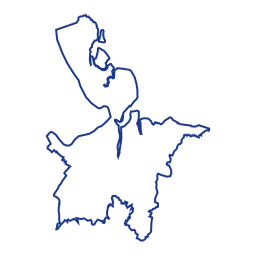 Banyu Asin, Sumatera Selatan, Indonesia (Equal Earth projection)
{"feature_id": "22746128B71070720422540", "entity_name": "Banyu Asin", "entity_type": "district", "adm_level": 2, "iso_a3": "IDN", "parent_name": "Indonesia", "parent_adm1": "Sumatera Selatan", "projection": "equal_earth", "projection_center": [104.728, -2.399], "detail": "fine", "context": "isolated", "style": "outline", "palette": "blue", "viewbox_px": 256, "rotation_deg": 0, "n_neighbors": 0, "source": "geoboundaries", "source_scale": "gbopen_adm2", "svg_char_len": 5826}
<svg xmlns="http://www.w3.org/2000/svg" viewBox="0 0 256 256"><path d="M93.5,22.3L92.2,20.0L90.9,19.9L90.5,18.2L89.4,17.8L88.6,16.5L86.9,16.9L86.0,15.4L85.8,15.9L83.7,15.4L82.5,16.3L80.3,16.5L78.7,17.3L78.4,17.9L78.5,19.8L76.6,22.7L56.1,29.8L57.2,39.8L62.6,53.7L67.1,62.9L74.1,74.1L78.6,80.3L80.3,86.0L85.9,97.0L91.4,103.2L98.5,108.3L100.5,108.2L103.8,106.2L107.1,106.7L108.4,108.5L110.7,116.9L106.5,121.6L102.0,125.7L97.6,127.7L94.4,130.8L89.3,133.8L78.6,136.2L74.6,139.8L71.9,143.8L69.4,145.5L66.7,145.6L63.7,144.4L59.7,140.0L55.8,134.7L52.3,132.2L51.1,132.0L49.9,132.5L46.8,136.1L50.7,143.8L47.8,146.6L47.5,148.5L50.2,150.3L51.9,152.2L54.1,150.1L56.2,152.4L56.8,151.7L58.0,153.4L60.9,156.0L63.6,157.3L62.2,159.6L62.3,160.3L64.3,159.9L64.5,161.9L66.0,161.6L65.5,163.9L70.2,166.4L64.6,172.5L64.3,173.2L66.3,175.6L62.3,181.0L60.4,184.5L59.4,185.2L57.9,188.5L53.9,194.5L54.0,195.8L56.7,197.2L58.8,199.0L59.6,201.4L59.1,203.6L59.4,203.6L59.4,204.5L58.8,207.2L58.6,211.1L59.2,214.6L59.2,220.3L59.9,223.2L57.7,223.6L57.0,225.7L57.1,227.5L56.3,228.8L56.3,229.4L57.2,229.3L57.9,228.6L61.0,224.4L63.6,222.0L64.8,220.1L65.8,220.4L67.3,221.9L67.4,220.4L68.2,219.5L69.3,220.6L70.4,220.8L74.0,218.8L76.2,220.3L78.1,222.6L77.8,220.6L76.7,218.1L81.2,219.1L83.4,218.4L84.7,218.7L87.6,220.7L91.0,220.0L91.6,221.0L91.8,223.8L92.8,224.7L94.3,224.5L95.5,222.3L97.5,219.9L98.2,219.6L100.8,221.0L102.6,220.7L102.9,221.2L102.7,222.6L104.2,223.0L104.8,221.7L104.7,219.6L105.8,217.7L107.3,217.7L109.4,219.3L107.3,215.7L107.0,214.3L107.1,212.0L108.1,206.3L108.6,205.4L109.2,205.8L109.3,204.8L110.1,204.1L112.8,206.2L112.6,203.5L113.0,203.2L113.1,202.0L112.6,201.6L112.8,200.2L111.7,198.6L112.0,197.7L112.6,196.8L112.6,196.0L115.6,195.8L116.4,197.1L118.6,197.8L118.6,198.5L119.4,200.0L120.6,200.1L121.4,201.6L121.4,203.3L122.7,203.2L123.0,203.8L124.3,203.4L125.1,201.6L127.3,202.4L126.5,204.2L125.6,204.2L127.0,206.9L127.7,206.7L127.7,207.5L131.7,204.7L131.7,207.6L131.2,209.0L132.6,207.9L133.1,208.6L132.7,211.5L132.1,212.6L130.4,213.9L129.8,213.8L129.6,216.2L128.7,217.2L129.7,217.2L130.3,216.5L130.0,217.6L129.6,217.6L128.7,219.2L127.4,219.7L127.6,220.6L127.2,221.3L125.8,220.7L125.1,223.2L124.0,223.3L126.1,223.6L125.5,224.8L129.2,225.6L129.2,226.9L129.7,228.2L131.6,230.1L132.5,230.3L134.0,229.7L135.1,230.6L135.7,233.4L137.8,234.6L136.8,238.3L139.1,239.0L140.2,240.3L141.6,240.6L143.5,240.3L145.7,238.5L145.6,237.0L147.9,236.7L147.7,234.8L149.5,233.7L150.8,232.0L151.1,230.9L151.4,222.8L152.2,217.5L149.9,216.7L150.7,216.3L150.3,215.1L150.7,215.1L151.6,213.0L148.8,211.4L149.8,210.5L152.0,210.3L152.9,208.9L155.2,208.4L155.6,207.4L156.2,207.0L157.7,207.1L158.0,206.3L157.9,203.2L155.1,202.1L155.0,201.5L155.2,198.3L157.5,192.6L156.2,187.3L156.6,184.7L156.2,182.5L155.9,182.3L157.2,180.0L157.5,178.6L157.2,175.9L157.5,174.5L158.2,173.6L160.2,174.6L166.9,176.7L170.2,176.2L171.3,173.5L171.1,169.8L169.0,165.4L167.4,165.1L166.8,164.5L166.7,163.4L167.8,162.2L169.8,162.4L170.4,161.0L170.7,158.6L169.5,156.0L169.8,154.9L172.4,155.5L174.5,150.8L175.7,150.0L177.0,148.1L177.2,146.6L178.6,144.3L180.1,144.0L181.6,142.5L181.4,140.5L182.7,138.2L183.8,137.3L184.1,135.2L185.8,134.7L186.8,135.8L188.2,134.6L189.5,135.6L190.2,135.3L191.0,136.4L192.7,135.3L193.4,135.8L194.1,135.1L194.5,135.6L195.8,135.6L196.6,136.9L197.4,136.7L198.8,137.3L198.6,136.2L199.7,135.1L200.1,134.9L201.2,135.5L201.3,134.0L205.4,130.8L208.1,130.1L208.7,130.7L209.2,129.8L209.2,128.6L198.7,125.2L196.2,126.4L194.3,126.6L191.4,126.3L191.0,125.6L179.9,124.1L178.6,123.1L177.6,123.3L177.6,122.6L172.9,119.9L171.7,118.1L170.6,117.4L169.9,117.4L165.0,120.5L162.1,123.7L160.8,124.4L159.5,123.4L156.5,122.6L156.8,123.1L155.0,122.8L154.3,123.3L154.0,124.4L153.2,124.6L152.7,124.4L150.9,121.0L148.2,118.6L143.8,118.2L139.8,119.6L140.5,123.3L140.7,130.1L141.4,133.9L140.6,134.0L138.9,129.5L139.1,128.7L138.4,126.2L137.1,123.6L138.0,121.5L138.8,117.7L138.8,111.8L138.4,111.1L136.8,110.6L133.9,111.4L131.3,111.4L130.9,111.6L130.3,114.4L130.8,117.8L129.0,121.6L124.9,125.7L123.4,126.7L121.3,126.9L121.1,127.4L121.4,138.5L119.5,150.9L119.5,153.1L118.2,156.8L117.7,155.0L118.2,151.8L117.5,147.4L117.8,145.1L119.8,138.5L120.0,135.6L119.0,131.3L118.6,125.3L116.6,123.8L116.1,121.6L115.0,121.4L115.0,119.8L116.3,119.7L119.5,122.0L120.4,121.7L123.6,112.5L129.5,105.9L129.8,106.4L130.6,106.4L133.8,101.7L136.5,99.1L137.5,97.5L137.4,89.9L136.5,84.0L134.6,77.0L130.9,70.7L129.6,69.9L123.3,68.8L117.2,68.2L116.3,69.4L114.9,69.9L114.4,70.7L114.0,77.9L112.9,78.4L111.6,77.4L110.9,77.4L108.6,78.2L108.1,79.7L109.0,82.6L107.9,83.6L107.9,85.4L107.5,86.3L105.2,86.6L104.0,85.3L104.4,84.7L105.5,85.7L107.2,85.8L107.2,83.3L108.3,81.7L107.4,79.7L107.8,78.0L110.1,76.6L112.0,76.6L113.4,77.2L112.2,71.5L112.4,70.6L113.5,69.4L113.9,67.7L112.1,65.8L111.2,64.1L110.2,64.0L107.7,65.9L107.4,67.7L106.3,69.4L103.9,70.3L101.7,69.8L99.7,68.2L98.5,67.8L97.6,66.4L95.8,66.1L94.4,64.4L93.6,61.6L93.2,58.3L92.3,56.4L90.8,56.5L90.3,57.5L90.6,63.3L91.1,64.3L90.8,64.7L90.3,63.2L89.8,59.3L90.2,53.0L90.8,51.8L89.8,50.3L89.9,49.4L90.9,47.7L92.0,47.0L92.2,44.4L92.7,44.0L93.6,42.0L94.4,41.5L94.6,40.6L96.6,40.5L98.0,38.3L97.7,34.3L98.2,31.4L97.9,28.8L96.7,27.4L96.8,25.5L95.6,22.9L94.5,22.0L93.5,22.3ZM109.4,58.0L106.4,53.5L103.8,50.7L98.7,47.9L97.9,48.6L97.8,51.6L96.2,57.7L95.8,58.3L94.6,58.7L93.9,61.2L94.4,63.3L95.6,65.2L98.2,66.3L98.8,67.2L101.6,69.0L104.1,68.9L105.3,68.4L106.0,67.0L106.5,66.9L106.4,65.1L105.6,63.1L106.6,62.1L107.6,60.1L109.2,59.0L109.4,58.0ZM105.1,41.6L105.0,40.3L103.9,38.5L103.2,34.8L103.6,30.9L102.9,30.0L101.3,30.3L100.7,32.1L100.3,35.9L98.9,40.6L99.0,41.6L104.2,42.5L105.1,41.6ZM140.0,128.2L140.0,122.7L139.8,121.5L138.7,122.3L138.4,123.2L139.6,128.0L140.0,128.2ZM122.4,120.5L123.2,116.1L123.1,115.4L122.4,116.3L121.3,120.0L121.4,121.3L122.4,120.5Z" fill="none" stroke="#1e3a8a" stroke-width="2"/></svg>